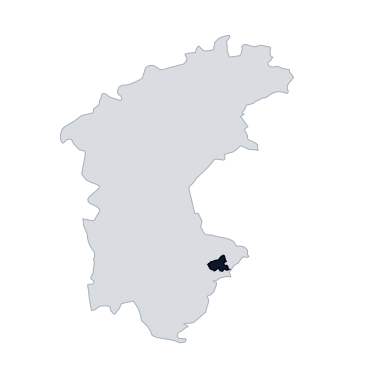 location of Coyah, Coyah, Guinea, rotated 257°
{"feature_id": "49546643B61702032280321", "entity_name": "Coyah", "entity_type": "district", "adm_level": 2, "iso_a3": "GIN", "parent_name": "Guinea", "parent_adm1": "Coyah", "projection": "natural_earth1", "projection_center": [-13.337, 9.751], "detail": "fine", "context": "in_parent", "style": "filled", "palette": "ink", "viewbox_px": 384, "rotation_deg": 257, "n_neighbors": 0, "source": "geoboundaries", "source_scale": "gbopen_adm2", "svg_char_len": 4953}
<svg xmlns="http://www.w3.org/2000/svg" viewBox="0 0 384 384"><g transform="rotate(257 192 192)"><path d="M234.5,258.7L231.4,258.2L230.1,258.9L226.1,264.3L223.7,266.4L220.0,265.7L218.6,266.1L217.6,265.5L219.0,262.5L220.9,256.6L225.8,250.7L225.9,249.4L223.9,245.9L221.8,241.2L221.7,236.1L221.3,232.5L217.0,231.4L216.2,230.8L216.1,229.6L218.5,223.3L218.7,222.0L218.4,220.8L215.7,217.6L211.5,211.6L204.3,199.3L201.7,196.7L199.1,192.9L198.1,190.5L195.5,189.7L170.5,189.9L170.0,193.1L161.4,195.2L156.1,192.7L150.2,194.2L147.3,195.8L145.1,203.0L143.8,204.5L142.6,207.8L141.4,209.5L140.1,213.1L137.3,218.1L134.4,221.4L129.4,223.2L127.8,228.5L126.7,230.4L124.7,232.0L122.7,233.0L118.6,232.0L116.3,232.9L115.9,231.6L117.2,227.4L116.1,225.2L112.2,220.8L111.8,218.7L110.6,216.0L105.5,210.4L100.6,210.7L102.0,206.0L101.9,199.7L100.3,196.3L100.7,192.8L99.8,193.0L98.2,195.5L95.6,194.7L90.3,191.0L87.7,187.3L87.4,184.3L86.8,183.1L85.1,183.7L81.8,183.7L71.8,178.2L64.6,164.4L64.5,161.3L65.5,156.0L65.3,154.5L62.0,158.1L61.4,155.7L58.9,150.2L58.1,147.0L55.7,145.6L53.8,145.3L52.3,146.4L50.3,152.9L48.9,152.8L47.4,151.4L47.7,146.6L51.6,140.6L58.0,125.4L60.4,121.9L61.8,120.7L64.9,120.5L70.9,118.5L78.2,113.8L83.8,114.1L90.4,113.5L99.0,110.3L99.1,100.1L98.8,97.8L95.8,95.7L94.0,94.0L92.5,91.7L90.6,90.1L90.6,88.4L94.5,86.2L98.0,86.2L99.1,85.4L100.0,83.9L101.0,80.3L101.4,76.4L99.1,71.1L99.2,67.4L111.8,68.0L118.8,69.0L124.5,69.3L125.4,70.1L124.6,73.7L125.3,75.8L127.2,76.4L130.4,73.9L132.1,74.5L135.6,77.6L138.9,78.4L142.5,80.1L145.9,81.1L148.9,80.9L151.2,82.7L155.4,83.2L160.9,81.0L165.2,80.0L171.2,79.8L174.3,80.5L183.5,78.8L190.7,79.8L189.6,81.0L186.3,89.1L186.7,90.6L194.0,97.5L195.8,98.0L197.8,97.1L200.9,93.9L203.4,90.4L205.8,88.7L208.6,88.9L210.8,91.3L216.1,101.5L217.4,102.8L218.6,102.8L220.9,100.9L222.1,98.7L226.9,91.9L234.3,88.5L252.1,96.3L254.8,96.9L256.3,96.3L258.5,91.7L265.2,87.8L268.4,86.7L270.2,86.6L270.9,85.3L271.2,83.4L270.9,81.5L268.8,78.0L268.7,77.0L269.9,76.3L272.4,75.8L275.7,76.2L279.5,77.7L282.5,79.8L284.2,82.4L287.6,93.3L291.4,101.8L291.3,113.1L293.0,114.3L294.8,114.8L295.6,115.7L297.5,120.4L299.2,121.7L301.3,122.1L305.1,125.1L307.6,126.2L307.9,127.1L307.9,128.4L306.9,130.0L303.2,133.1L301.4,135.8L297.6,142.2L297.5,143.5L298.3,144.3L299.9,144.5L301.6,144.0L305.0,141.7L307.8,142.5L310.4,144.3L311.4,146.2L311.7,148.6L311.1,151.8L311.0,155.3L311.9,161.3L313.3,167.3L314.7,169.5L323.5,174.8L324.3,176.8L324.8,179.1L324.2,182.1L323.3,183.8L318.5,188.5L317.8,190.8L318.1,194.9L318.6,212.5L320.5,215.5L322.7,217.0L328.0,216.2L327.9,221.1L327.2,226.6L330.3,228.2L331.9,229.9L332.7,231.5L327.9,234.4L326.5,236.1L325.8,240.7L326.0,244.9L332.6,247.9L335.1,251.5L336.2,255.1L336.6,262.1L336.1,263.7L334.4,263.7L331.0,259.5L326.0,259.0L322.2,258.2L315.9,258.7L314.8,260.0L314.1,269.2L315.6,270.8L318.6,272.5L320.6,273.3L322.3,273.0L323.5,274.2L323.8,277.2L322.9,279.4L321.3,281.5L319.2,286.8L319.7,291.7L316.2,299.5L315.1,301.0L310.4,299.5L307.4,299.0L305.1,300.9L302.1,297.9L301.5,295.5L300.4,295.0L298.3,295.0L296.4,296.4L295.6,298.8L295.2,303.8L291.7,308.5L289.3,314.4L286.5,313.9L285.9,314.6L282.9,316.1L280.4,316.6L279.7,315.0L278.2,313.7L276.5,311.2L274.6,309.2L271.0,307.8L269.6,308.4L267.9,308.2L266.8,307.4L266.9,306.2L268.8,303.1L269.9,300.3L270.5,297.2L270.4,294.3L269.4,290.2L267.8,286.9L267.4,285.0L267.6,282.3L267.2,279.7L266.7,278.4L265.9,273.6L264.9,272.8L264.4,268.9L264.5,265.0L263.1,263.5L260.9,262.4L259.6,260.9L258.8,259.2L258.0,258.7L257.3,258.8L256.7,259.9L256.0,260.1L254.7,256.4L254.1,256.3L253.2,257.1L243.1,261.2L241.7,257.7L239.8,257.1L236.4,258.5L234.5,258.7Z" fill="#d9dde1" stroke="#a8b0b8" stroke-width="1"/><path d="M108.4,210.6L108.9,209.9L109.1,209.7L109.6,209.7L110.1,210.0L110.5,209.9L110.8,209.6L111.1,209.4L111.3,209.6L111.3,209.9L111.4,210.0L111.7,209.9L112.0,209.6L112.5,209.4L112.7,208.9L112.7,207.9L113.1,207.3L113.9,206.8L114.3,206.7L114.6,206.9L114.9,206.8L115.2,206.8L115.4,207.0L115.7,207.0L116.3,207.3L116.4,207.6L116.4,208.8L116.5,209.2L116.8,209.7L117.0,209.7L117.6,208.7L118.2,208.4L118.9,209.2L119.7,209.2L120.4,208.8L120.5,208.7L121.4,209.2L122.8,208.9L123.2,208.4L123.1,207.6L123.0,207.4L122.8,206.7L122.6,206.1L121.2,204.2L120.5,203.9L120.3,203.0L119.9,202.5L119.7,201.1L120.1,200.1L120.0,199.6L119.7,198.8L119.7,198.5L119.9,198.1L119.8,197.6L119.3,196.5L119.6,195.9L119.7,195.0L119.4,194.2L118.9,193.7L118.4,192.6L118.4,192.0L117.9,191.7L117.6,191.2L117.1,191.8L116.8,191.9L115.4,191.7L114.8,192.3L113.4,192.4L112.1,193.6L111.9,193.9L112.0,194.2L111.8,194.6L111.8,194.9L111.6,195.2L111.4,195.3L110.4,195.7L110.3,196.3L110.4,197.0L111.2,198.7L112.3,199.8L112.5,200.4L111.7,200.6L111.0,200.9L110.9,201.2L110.2,201.5L109.1,201.7L109.1,202.2L108.9,202.4L108.2,203.4L108.1,203.7L108.3,204.2L108.6,204.5L109.5,205.3L109.7,205.6L109.7,206.1L109.5,206.7L109.1,206.9L108.5,207.8L108.0,208.9L108.2,210.0L108.3,210.1L108.4,210.4L108.4,210.6Z" fill="#0f172a" stroke="#020617" stroke-width="1.5"/></g></svg>